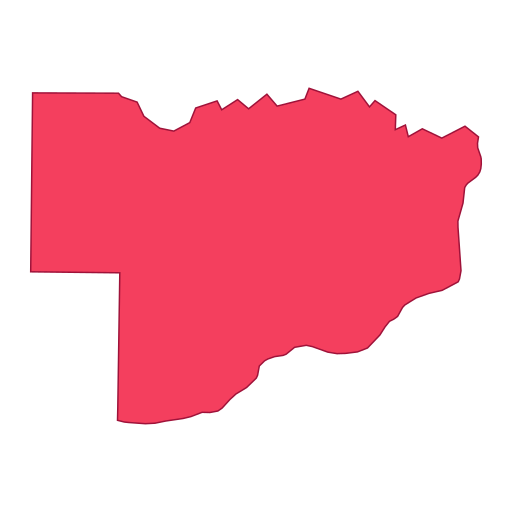 the district of Scott, Iowa, United States of America
{"feature_id": "52423323B10100313584475", "entity_name": "Scott", "entity_type": "district", "adm_level": 2, "iso_a3": "USA", "parent_name": "United States of America", "parent_adm1": "Iowa", "projection": "orthographic", "projection_center": [-90.532, 41.613], "detail": "fine", "context": "isolated", "style": "filled", "palette": "rose", "viewbox_px": 512, "rotation_deg": 0, "n_neighbors": 0, "source": "geoboundaries", "source_scale": "gbopen_adm2", "svg_char_len": 1271}
<svg xmlns="http://www.w3.org/2000/svg" viewBox="0 0 512 512"><path d="M32.6,92.9L30.7,271.8L119.8,272.8L117.8,407.1L117.5,420.3L124.2,422.0L128.7,422.5L145.3,423.7L155.0,423.2L165.8,421.0L183.0,418.5L190.9,416.6L202.1,412.3L209.9,412.5L217.9,411.0L222.2,408.0L229.9,399.5L235.9,394.0L246.6,387.5L256.3,378.1L257.6,375.2L259.3,366.0L264.6,360.8L267.8,359.0L274.7,356.6L283.1,355.4L286.1,354.2L294.6,347.3L302.8,345.9L306.3,345.3L312.4,346.6L327.7,352.1L337.3,353.7L337.9,353.6L345.5,353.4L357.5,351.9L367.5,348.0L379.9,335.0L385.1,326.8L389.5,321.3L393.7,319.2L395.3,318.1L397.6,316.4L402.5,307.5L404.8,305.0L410.2,301.6L416.2,297.9L428.9,293.4L442.2,290.3L458.2,281.8L459.5,278.9L461.0,270.7L458.0,227.4L457.9,221.1L463.0,203.1L464.7,187.6L466.2,185.0L467.9,183.1L475.8,177.2L477.8,175.2L479.8,171.9L480.8,168.6L481.3,164.1L481.2,158.9L480.8,156.8L477.7,147.8L477.5,143.3L478.5,136.9L465.0,126.2L441.8,138.1L422.3,128.8L408.3,136.7L405.4,125.0L395.3,129.7L395.8,114.8L375.0,100.6L369.5,106.9L357.9,91.3L340.9,99.1L309.1,88.3L304.9,99.1L277.1,106.1L266.9,94.2L248.6,108.8L237.6,99.6L221.7,109.8L217.1,100.9L195.7,108.0L189.8,122.6L173.8,131.1L159.7,128.2L143.9,116.3L137.1,102.1L121.6,96.7L118.5,93.2L32.6,92.9Z" fill="#f43f5e" stroke="#9f1239" stroke-width="1.5"/></svg>